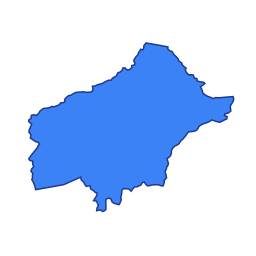 Ivaí, Paraná, Brazil (orthographic projection), rotated 280°
{"feature_id": "56859067B22036579453125", "entity_name": "Ivaí", "entity_type": "district", "adm_level": 2, "iso_a3": "BRA", "parent_name": "Brazil", "parent_adm1": "Paraná", "projection": "orthographic", "projection_center": [-50.861, -24.996], "detail": "fine", "context": "isolated", "style": "filled", "palette": "blue", "viewbox_px": 256, "rotation_deg": 280, "n_neighbors": 0, "source": "geoboundaries", "source_scale": "gbopen_adm2", "svg_char_len": 3013}
<svg xmlns="http://www.w3.org/2000/svg" viewBox="0 0 256 256"><g transform="rotate(280 128 128)"><path d="M41.1,111.5L42.6,115.1L41.3,117.5L42.4,119.2L43.9,120.4L51.2,119.1L52.7,118.7L54.4,119.0L55.6,121.3L55.1,123.5L52.4,125.2L51.5,127.1L51.1,129.6L51.0,132.5L52.9,133.2L54.8,133.6L56.7,133.8L58.0,133.0L61.4,133.1L63.1,133.1L65.7,132.8L67.5,134.1L67.8,136.7L68.1,139.4L66.3,142.1L68.6,143.2L71.1,144.6L71.7,147.3L74.1,150.6L76.9,151.7L77.6,153.4L75.4,155.6L74.4,157.4L75.2,159.9L76.1,161.4L77.0,165.5L77.4,167.9L76.9,170.2L77.0,172.6L80.4,173.2L82.5,172.8L85.6,174.6L88.9,173.5L90.3,172.4L92.3,172.2L94.1,172.9L96.1,172.9L98.0,173.8L100.0,173.9L102.0,173.1L104.4,171.7L106.0,173.2L108.0,174.7L110.7,175.1L113.0,174.7L115.5,175.3L118.5,177.3L119.8,179.4L121.6,181.1L124.2,182.0L127.1,184.3L129.3,185.4L130.6,186.3L133.0,187.3L134.8,188.4L135.7,191.9L136.6,194.4L137.8,196.0L139.8,197.0L142.2,197.8L144.3,200.1L145.6,202.2L146.4,203.8L148.0,206.4L150.6,209.4L150.0,212.0L149.7,214.5L149.6,217.6L150.8,219.1L152.3,221.1L154.1,223.7L156.4,223.7L157.1,220.8L158.9,221.1L159.8,223.5L160.8,224.8L162.6,226.3L165.3,225.5L167.4,224.9L170.1,226.0L172.2,226.8L173.7,227.1L175.4,226.9L177.2,226.0L173.5,212.0L173.2,209.0L171.8,206.9L172.4,204.6L172.7,202.8L173.2,200.3L174.0,198.3L175.4,195.6L177.4,194.9L178.9,193.9L181.2,192.2L182.8,193.9L185.2,196.0L186.2,194.5L186.1,191.8L186.2,187.9L188.6,187.4L188.6,184.8L190.0,184.0L191.6,183.0L191.4,180.6L190.9,178.5L192.6,176.2L193.8,175.1L195.6,174.3L197.0,174.9L198.0,172.9L199.8,170.2L201.4,169.7L202.0,168.1L203.2,166.2L204.9,165.2L206.7,162.9L208.4,160.3L211.0,158.2L211.2,156.0L212.5,153.6L214.8,153.2L214.9,143.9L214.9,130.9L213.3,130.2L211.6,129.3L209.7,129.6L207.4,129.0L207.7,126.7L206.0,126.3L204.3,125.3L202.0,125.1L199.6,123.5L196.3,122.0L194.7,122.2L193.1,123.7L191.5,123.6L190.0,120.8L188.1,121.2L186.6,120.0L185.2,118.5L185.3,116.4L186.6,114.9L186.4,112.7L183.8,112.1L181.9,110.7L180.6,108.4L177.2,107.5L174.4,104.0L172.2,103.2L171.6,100.4L169.5,97.4L168.0,95.8L166.9,93.9L165.4,90.7L164.2,89.1L163.4,87.5L162.9,85.7L159.7,86.9L157.1,85.8L155.9,80.7L155.9,77.7L155.2,75.1L154.7,73.0L154.2,71.0L153.1,69.1L151.7,67.5L150.3,66.0L149.6,63.9L146.7,61.5L145.2,60.7L143.1,61.3L141.8,60.1L141.2,57.5L138.8,56.1L136.1,51.6L136.0,49.1L134.6,47.5L133.3,44.2L132.6,41.4L129.4,38.4L127.1,37.6L124.3,35.5L124.8,33.4L123.7,30.6L120.4,30.8L119.0,29.1L117.3,28.9L116.2,30.6L114.8,32.5L109.2,31.1L106.5,31.2L105.6,32.7L104.0,33.6L101.1,33.6L99.6,37.1L98.5,39.5L98.2,42.1L96.7,43.7L94.9,42.5L93.1,42.2L91.2,41.2L86.4,38.6L84.3,37.4L82.7,36.7L80.4,35.6L79.0,37.0L78.9,39.8L76.3,40.3L73.4,41.8L71.1,40.3L68.7,39.9L66.5,42.3L64.5,42.1L62.2,42.6L60.5,42.2L58.4,44.0L55.8,45.7L53.2,47.0L51.2,47.7L61.0,74.5L71.4,89.9L68.7,91.0L67.1,93.7L64.6,95.6L63.2,97.1L64.1,98.7L64.3,100.9L61.9,101.5L61.0,103.0L60.1,105.2L58.8,107.0L58.5,109.0L56.2,109.0L52.7,107.6L50.5,106.7L50.5,109.7L48.3,111.1L46.3,112.3L44.0,111.4L41.1,111.5Z" fill="#3b82f6" stroke="#1e3a8a" stroke-width="1.5"/></g></svg>